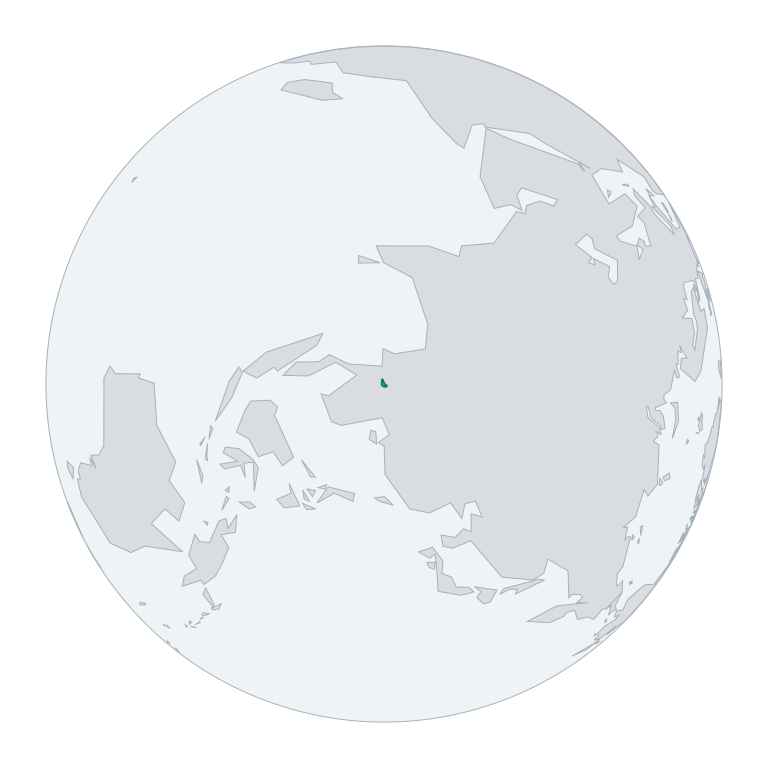 the Earth from above Phrae, rotated 109°
{"feature_id": "THA-395", "entity_name": "Phrae", "entity_type": "Province", "adm_level": 1, "iso_a3": "THA", "parent_name": "Thailand", "parent_adm1": "", "projection": "orthographic", "projection_center": [100.043, 18.254], "detail": "fine", "context": "on_globe", "style": "filled", "palette": "teal", "viewbox_px": 768, "rotation_deg": 109, "n_neighbors": 0, "source": "natural_earth", "source_scale": "10m", "svg_char_len": 11743}
<svg xmlns="http://www.w3.org/2000/svg" viewBox="0 0 768 768"><g transform="rotate(109 384 384)"><circle cx="384" cy="384" r="338" fill="#eef3f6" stroke="#a8b0b8"/><path d="M703.7,490.6L703.1,492.7L702.9,493.1L703.7,490.6ZM530.4,79.4L535.5,83.6L548.5,91.5L537.2,85.7L569.2,106.1L579.9,117.5L561.1,101.1L554.0,96.9L558.0,102.2L551.6,99.3L549.8,100.5L541.8,96.8L531.5,88.7L526.1,86.5L529.2,90.5L523.1,90.2L519.4,84.4L508.4,83.5L489.1,72.1L485.5,63.6L468.1,57.9L452.7,53.1L479.3,59.8L505.2,68.6L530.4,79.4ZM415.1,47.5L414.8,47.5L409.5,47.1L408.7,47.0L415.1,47.5ZM559.3,98.5L556.4,95.7L561.4,99.5L559.3,98.5ZM551.0,101.3L553.8,103.3L551.7,103.2L551.0,101.3ZM537.5,97.8L533.2,97.5L535.8,96.3L537.5,97.8ZM529.5,96.5L519.3,97.1L524.7,101.0L503.4,91.1L519.2,93.3L521.6,90.8L524.3,94.1L529.5,96.5ZM448.6,52.3L452.0,53.0L454.3,53.7L444.9,51.7L451.9,53.7L440.0,51.8L433.5,50.3L434.3,50.0L429.1,49.7L425.9,48.7L448.6,52.3ZM493.3,86.0L489.3,85.3L491.6,84.6L493.3,86.0ZM414.7,47.5L419.8,48.0L422.2,48.5L412.3,47.6L414.7,47.7L414.7,47.5ZM459.6,55.5L459.6,56.1L449.9,54.6L448.6,54.8L439.9,51.8L459.6,55.5ZM411.5,47.4L407.2,47.3L401.2,46.8L409.8,47.1L411.5,47.4ZM427.0,49.2L427.6,49.5L424.1,49.0L427.0,49.2ZM377.6,46.2L383.7,46.1L385.5,46.3L377.6,46.2ZM406.0,47.4L408.1,47.6L409.5,47.8L405.5,47.7L406.0,47.4ZM433.7,51.3L429.6,50.8L436.8,52.4L429.8,51.8L425.2,50.1L424.3,50.7L422.2,50.6L420.8,49.4L433.7,51.3ZM405.7,48.6L397.5,47.2L385.7,46.9L383.8,46.6L403.1,47.2L405.7,48.6ZM414.7,49.1L408.7,48.6L409.4,48.1L413.9,48.2L414.7,49.1ZM426.7,52.3L438.6,53.5L439.2,53.9L426.7,52.3ZM402.1,48.5L404.2,48.9L401.2,48.5L402.1,48.5ZM419.0,51.0L423.1,51.3L423.7,51.7L419.0,51.0ZM404.9,49.8L402.2,49.2L405.2,49.0L404.9,49.8ZM411.3,50.4L411.0,50.9L407.9,49.3L413.0,50.4L411.3,50.4ZM418.9,51.4L420.6,51.7L417.1,51.2L418.9,51.4ZM395.1,51.1L390.4,49.1L397.0,48.6L400.7,50.5L395.1,51.1ZM116.2,177.9L114.0,180.9L115.4,188.5L113.8,192.9L103.2,206.0L95.8,236.6L105.8,227.7L109.5,248.7L118.7,255.4L140.6,229.8L125.6,218.1L133.4,202.7L153.7,200.5L168.4,212.6L171.9,207.2L171.3,189.5L183.6,183.2L172.2,182.9L170.2,189.7L163.0,190.2L164.4,184.2L168.6,181.8L166.7,176.6L146.9,190.5L142.7,198.9L132.3,194.2L124.4,208.2L118.4,211.9L129.5,189.8L135.2,183.5L148.5,158.2L141.5,164.1L128.6,188.9L128.6,185.4L119.2,195.3L126.5,185.1L142.5,158.1L139.0,155.5L119.1,174.4L119.7,173.5L150.0,140.2L145.8,145.9L153.8,138.8L168.1,125.3L165.3,129.0L170.5,124.8L169.9,127.4L181.9,121.5L183.2,123.8L200.6,113.0L203.6,113.2L192.5,119.2L185.4,125.3L190.2,133.3L194.8,132.3L205.7,125.0L205.6,128.8L215.5,120.9L224.5,123.3L221.9,114.2L234.6,107.1L246.9,104.7L250.6,101.1L230.7,105.3L223.2,108.7L217.4,113.9L196.5,123.6L192.2,123.0L212.3,107.9L208.4,105.9L225.8,96.3L268.9,88.6L280.4,90.8L273.0,108.5L263.0,111.3L260.8,105.9L251.3,117.1L257.6,113.1L257.5,116.8L269.7,112.2L270.2,114.6L280.9,106.6L283.0,109.1L276.1,114.1L295.8,111.1L303.4,115.8L307.6,114.1L310.0,110.9L318.1,119.9L320.8,118.3L319.2,114.6L323.6,109.3L334.6,103.8L336.8,107.1L333.1,109.6L328.8,120.5L318.7,127.4L320.7,128.3L330.0,123.3L335.3,109.8L341.2,105.6L340.1,111.6L341.0,109.1L344.7,108.1L350.3,110.7L352.2,104.1L389.4,92.9L404.1,97.9L399.0,103.7L427.3,102.9L441.7,110.7L440.1,107.0L452.7,105.5L448.4,102.9L448.6,101.1L478.9,98.7L487.7,101.6L499.0,98.5L498.3,96.9L492.4,94.3L503.4,91.1L524.7,101.0L525.4,104.0L538.3,109.1L538.0,115.7L543.6,124.3L535.8,130.2L541.0,137.3L545.5,138.6L555.9,150.1L561.8,171.1L537.3,148.1L524.5,120.3L528.0,130.5L521.4,126.8L519.0,130.0L522.0,138.0L526.0,139.6L500.7,149.2L496.2,172.0L510.7,171.3L520.7,179.0L528.3,209.4L503.9,250.9L516.9,265.7L518.3,275.3L508.2,280.9L505.9,266.9L495.0,261.6L495.3,253.4L478.3,259.4L477.9,248.0L464.9,259.2L470.8,268.4L485.9,266.6L474.7,282.4L491.1,299.0L493.8,318.9L469.1,353.6L442.6,363.7L441.2,370.1L430.3,362.5L416.4,374.6L437.1,411.1L436.7,421.4L413.8,440.3L413.2,432.6L384.3,412.6L379.2,436.9L401.1,458.3L408.7,482.3L391.9,474.2L384.2,453.0L374.0,445.3L376.6,424.1L367.8,391.7L350.9,396.5L352.0,383.7L337.3,356.3L312.9,362.3L274.3,391.9L269.3,424.0L255.9,436.4L239.0,386.6L239.1,354.6L228.2,355.6L214.8,325.8L177.8,314.8L176.8,305.9L168.9,307.5L160.2,296.0L160.4,281.7L153.1,280.0L153.7,317.7L162.0,319.9L174.9,309.9L173.1,322.6L182.1,336.9L156.7,360.7L108.8,370.7L111.5,346.0L112.8,271.9L116.9,265.5L117.2,264.7L117.7,263.2L110.3,273.0L113.0,259.2L104.4,308.1L99.8,327.8L108.1,371.9L105.5,374.7L110.4,384.9L134.8,385.2L133.4,393.0L117.3,424.9L89.9,461.6L97.8,496.6L103.0,523.9L95.2,534.3L105.4,556.6L102.8,559.8L109.0,571.7L112.2,581.0L114.2,587.0L111.1,583.3L97.1,562.6L84.7,540.8L73.9,518.2L64.8,494.8L57.4,470.8L51.9,446.4L50.4,437.6L49.1,429.0L46.5,401.2L46.3,373.3L46.6,366.3L47.4,354.5L47.4,354.4L50.3,330.6L55.0,307.1L61.2,283.9L69.2,261.3L78.7,239.2L89.7,217.9L102.2,197.4L116.2,177.9ZM176.3,241.2L190.0,248.4L196.7,228.4L202.6,229.9L202.7,223.0L197.2,227.0L199.5,208.9L210.0,206.9L215.0,199.2L210.6,196.6L191.0,203.6L187.5,228.9L178.8,234.5L176.3,241.2ZM199.9,102.4L195.3,105.9L189.3,109.6L187.7,109.3L196.5,103.7L199.9,102.4ZM190.4,110.4L210.9,97.0L212.7,97.5L208.2,99.3L207.3,101.0L199.9,104.5L181.6,119.3L175.0,123.7L175.7,119.1L179.1,117.7L183.3,113.9L190.4,110.4ZM259.9,70.5L268.8,67.0L261.2,72.2L253.8,75.0L251.7,74.1L259.3,70.5L259.9,70.5ZM401.9,46.6L402.3,46.6L398.1,46.6L393.6,46.5L394.3,46.3L387.9,46.3L385.4,46.1L380.3,46.2L372.6,46.3L401.9,46.6ZM327.4,50.8L327.6,50.8L331.4,50.2L334.4,49.7L336.0,49.5L330.2,50.4L340.5,49.0L340.9,49.1L353.2,48.6L367.8,47.5L372.7,47.8L367.1,48.3L375.9,48.3L368.7,49.7L372.0,50.1L368.2,52.4L355.6,54.0L360.3,54.4L357.6,56.8L347.3,58.8L349.9,56.5L336.6,60.7L334.1,58.7L332.7,59.4L326.8,59.0L317.1,59.9L317.5,58.9L313.6,59.8L309.6,59.9L304.3,61.0L303.2,59.8L296.6,61.1L299.8,59.9L288.9,62.7L296.5,60.2L292.0,60.8L287.0,62.9L292.6,58.7L327.4,50.8ZM393.6,51.7L379.1,52.9L370.5,52.8L380.7,49.1L378.7,48.5L384.9,47.1L397.1,47.6L394.2,47.8L394.2,48.3L390.4,47.9L393.5,48.5L389.6,49.1L390.9,49.9L385.8,50.0L393.6,51.7ZM118.4,189.5L118.4,191.6L119.8,193.3L113.8,200.1L118.4,189.5ZM128.9,171.0L129.8,171.4L122.1,180.7L122.1,179.0L128.9,171.0ZM136.9,164.2L130.5,170.7L134.0,166.2L136.9,164.2ZM194.0,119.5L195.7,120.0L193.3,121.9L189.3,123.9L194.0,119.5ZM307.5,74.5L310.3,72.3L312.5,72.2L323.3,68.4L326.0,70.1L320.6,73.1L307.5,74.5ZM134.3,232.6L127.8,235.9L128.1,232.2L130.2,231.7L134.3,232.6ZM117.4,217.0L118.1,224.0L115.7,218.8L117.4,217.0ZM312.3,75.7L316.4,73.8L315.2,75.9L312.3,75.7ZM328.6,71.3L328.3,73.4L327.6,69.9L328.6,71.3ZM268.6,684.7L275.5,688.2L270.6,687.4L268.6,684.7ZM135.8,534.5L139.5,577.2L130.1,573.2L122.0,558.2L116.3,531.0L125.1,527.4L127.7,516.3L135.8,534.5ZM492.1,536.0L501.8,537.1L501.4,538.5L492.1,536.0ZM481.9,531.3L493.2,531.5L479.9,534.5L481.9,531.3ZM497.6,531.5L509.0,528.3L514.0,525.7L513.0,528.8L497.6,531.5ZM474.3,531.5L432.0,531.2L415.1,526.9L419.2,521.7L446.4,523.5L474.3,531.5ZM417.8,521.5L392.0,505.4L356.1,458.4L369.0,460.0L406.4,489.0L404.0,493.6L419.7,506.2L417.8,521.5ZM480.0,493.8L477.5,507.9L454.3,506.8L443.6,504.5L436.3,486.2L440.4,477.1L449.2,477.4L482.6,445.7L494.3,453.3L484.2,466.8L493.7,479.0L480.0,493.8ZM270.7,427.3L278.0,447.6L270.7,449.7L270.7,427.3ZM495.7,423.2L482.5,437.4L494.4,418.6L495.7,423.2ZM502.5,405.5L503.5,412.6L497.9,405.8L502.5,405.5ZM441.2,379.9L432.0,381.4L431.6,376.3L443.2,371.5L441.2,379.9ZM495.7,335.9L496.3,350.7L494.8,355.8L490.3,346.9L495.7,335.9ZM341.6,93.7L323.4,96.5L312.1,101.0L308.6,106.8L305.7,100.4L323.1,93.4L341.6,93.7ZM383.3,92.3L386.2,88.2L390.1,89.9L390.0,91.1L383.3,92.3ZM381.4,89.9L375.3,85.2L380.3,82.9L384.1,87.0L381.4,89.9ZM343.1,78.6L337.5,79.1L338.6,77.3L343.1,78.6ZM604.8,639.8L598.6,644.7L626.8,619.0L626.7,619.2L604.8,639.8ZM560.2,658.4L564.2,650.3L574.6,647.3L566.7,655.5L560.2,658.4ZM633.3,612.1L634.3,611.0L642.9,601.1L650.4,591.1L644.3,599.5L644.4,599.3L633.3,612.1ZM533.6,628.8L469.4,650.8L456.3,648.9L461.7,641.2L453.8,617.8L458.3,618.2L457.9,601.7L497.1,585.3L525.7,555.4L545.1,555.8L561.2,533.7L580.5,533.3L573.3,550.3L591.7,558.7L608.2,520.1L615.2,557.4L625.7,568.3L623.7,590.7L589.4,633.1L573.7,642.9L572.5,640.2L565.5,644.9L557.2,645.0L556.3,633.9L549.2,638.5L557.8,628.6L546.7,637.9L544.1,630.7L533.6,628.8ZM669.2,537.9L670.9,538.1L672.2,543.2L669.6,543.4L669.2,537.9ZM699.0,501.5L698.7,504.0L697.3,506.1L699.0,501.5ZM702.9,493.1L701.3,496.0L703.7,490.6L702.9,493.1ZM683.6,511.4L684.0,513.3L683.1,514.5L683.6,511.4ZM682.9,510.9L684.7,506.6L683.9,510.5L682.9,510.9ZM676.1,493.6L677.6,491.1L678.0,492.5L676.1,493.6ZM516.2,536.6L530.0,525.2L537.3,523.9L516.2,536.6ZM674.6,489.9L671.3,490.5L671.9,488.3L674.6,489.9ZM675.3,484.8L675.1,482.0L676.6,488.3L675.3,484.8ZM669.2,480.0L673.0,484.2L668.7,480.8L669.2,480.0ZM666.6,481.5L663.7,479.9L663.9,478.9L666.6,481.5ZM629.2,493.3L640.9,508.9L630.7,510.3L619.6,501.2L609.6,512.9L587.8,513.9L593.2,506.9L590.6,497.3L567.3,495.6L562.6,489.5L571.1,484.4L555.4,480.5L572.7,476.2L579.5,489.0L589.1,477.6L605.3,478.4L620.5,480.9L632.2,489.0L629.2,493.3ZM572.2,505.5L575.1,505.3L572.4,509.5L572.2,505.5ZM657.9,474.0L662.2,479.4L661.6,481.1L659.4,480.7L657.9,474.0ZM634.9,486.2L647.7,473.0L650.6,472.7L642.0,486.7L634.9,486.2ZM644.9,466.4L650.6,466.9L653.4,472.5L652.2,474.5L644.9,466.4ZM537.0,495.7L536.2,499.5L531.6,496.8L537.0,495.7ZM542.9,493.2L556.6,496.3L541.6,496.4L542.9,493.2ZM500.3,482.0L504.5,490.7L517.6,484.7L507.6,493.1L516.3,507.2L513.2,512.8L504.6,497.5L501.2,513.7L495.3,513.5L492.3,499.8L498.4,482.7L504.2,475.6L527.8,471.8L500.3,482.0ZM542.9,482.4L539.3,472.3L542.0,465.3L546.0,470.5L542.9,482.4ZM528.0,448.0L517.8,436.4L508.9,441.3L526.7,423.9L533.6,437.8L528.0,448.0ZM518.9,421.9L510.6,426.4L519.0,416.3L518.9,421.9ZM508.3,422.4L507.0,414.0L513.8,415.0L508.3,422.4ZM523.3,422.1L524.4,407.8L528.0,416.1L523.3,422.1ZM503.4,395.4L518.3,408.7L499.4,403.3L497.1,376.1L505.1,375.2L503.4,395.4ZM538.7,285.3L536.0,277.9L542.8,276.0L542.8,281.6L538.7,285.3ZM562.4,265.4L543.7,273.1L528.2,280.4L533.7,283.7L531.6,296.6L522.5,284.9L532.2,270.6L544.2,267.5L544.6,257.0L552.5,249.7L548.5,237.1L551.4,231.5L558.7,242.4L562.4,265.4ZM546.2,231.8L542.1,210.1L555.6,212.8L559.5,218.1L555.7,226.7L548.8,224.7L546.2,231.8ZM545.1,205.9L538.4,204.0L518.2,174.0L517.3,168.6L539.8,191.3L534.6,191.0L537.2,198.4L545.1,205.9ZM491.3,87.1L489.5,85.5L493.3,86.9L491.3,87.1ZM445.9,99.8L446.9,97.6L451.3,98.9L445.9,99.8ZM451.9,92.6L446.3,92.6L451.3,91.2L451.9,92.6ZM433.9,93.1L443.6,91.9L435.7,95.2L433.9,93.1Z" fill="#d9dde1" stroke="#a8b0b8" stroke-width="1"/><path d="M385.7,380.7L385.7,380.8L385.8,380.8L385.8,381.0L386.0,381.1L385.9,381.3L385.8,381.5L386.0,381.7L386.0,381.8L385.9,381.9L385.9,382.1L386.0,382.2L386.0,382.3L386.0,382.6L386.3,382.6L386.5,382.6L386.8,382.8L386.8,383.0L386.7,383.4L386.6,383.5L386.6,383.8L386.5,384.0L386.4,384.2L386.4,384.3L386.3,384.5L386.2,384.6L386.0,384.8L386.1,385.3L385.9,385.5L385.8,385.8L385.7,386.0L385.5,385.9L385.4,385.8L385.4,385.7L385.1,385.8L384.9,386.0L384.7,386.2L384.6,386.3L384.2,386.5L384.1,386.4L383.9,386.5L383.7,386.5L383.5,386.8L383.4,386.8L383.4,386.7L383.2,386.7L382.7,386.7L382.5,386.8L382.4,386.9L382.4,387.0L382.2,387.1L382.1,386.9L381.9,386.8L381.9,386.7L381.6,386.6L381.4,386.6L381.2,386.6L381.0,386.8L380.8,387.1L380.7,387.1L380.6,387.3L380.5,387.2L380.5,387.3L380.4,387.3L380.2,387.4L380.0,387.2L379.9,387.1L379.9,386.9L380.0,386.8L380.3,386.7L381.0,385.8L381.3,385.6L381.5,385.5L381.5,385.4L381.8,385.4L381.9,385.2L382.0,385.2L382.4,384.8L382.4,384.7L382.6,384.3L382.7,384.2L382.9,384.1L383.0,383.9L383.3,383.8L383.4,383.5L383.4,383.4L383.5,383.4L383.6,383.2L383.8,383.1L384.0,382.7L384.1,382.3L384.1,382.2L384.3,382.2L384.5,381.9L384.4,381.9L384.4,381.7L384.4,381.3L384.4,381.2L384.5,381.0L384.5,380.9L384.4,380.7L384.5,380.6L384.8,380.6L385.0,380.7L385.7,380.7Z" fill="#14b8a6" stroke="#0f766e" stroke-width="1.5"/></g></svg>